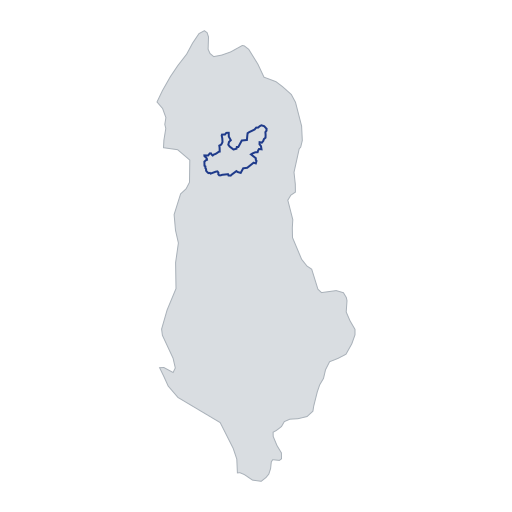 Mirditë, Lezhë, Albania (highlighted)
{"feature_id": "67620474B99888539945274", "entity_name": "Mirditë", "entity_type": "district", "adm_level": 2, "iso_a3": "ALB", "parent_name": "Albania", "parent_adm1": "Lezhë", "projection": "orthographic", "projection_center": [19.989, 41.852], "detail": "fine", "context": "in_parent", "style": "outline", "palette": "blue", "viewbox_px": 512, "rotation_deg": 0, "n_neighbors": 0, "source": "geoboundaries", "source_scale": "gbopen_adm2", "svg_char_len": 2963}
<svg xmlns="http://www.w3.org/2000/svg" viewBox="0 0 512 512"><path d="M163.5,147.7L163.9,140.2L165.8,128.4L164.8,124.4L165.9,117.6L162.6,108.5L157.0,102.0L162.5,90.5L170.4,76.6L177.8,65.6L186.7,54.1L192.6,43.1L199.0,33.6L204.4,30.7L207.1,32.7L208.5,36.9L208.1,49.2L210.0,53.5L213.7,56.6L221.7,55.1L230.5,52.0L242.3,45.5L244.3,45.9L248.7,49.3L257.9,64.2L264.0,77.2L276.0,81.7L282.7,86.8L291.3,94.5L295.5,102.3L301.6,126.1L302.3,140.5L300.7,147.1L299.2,148.8L294.0,172.3L295.3,184.2L295.4,192.1L290.8,195.2L287.8,200.2L292.8,219.7L292.3,228.0L292.5,237.6L301.6,259.3L306.9,266.0L311.7,269.2L317.9,289.2L321.5,292.6L336.2,290.6L343.4,292.7L346.3,297.5L347.0,300.7L346.2,312.0L349.9,320.6L355.0,329.4L355.0,334.8L351.8,343.8L346.0,354.2L338.2,358.3L329.6,361.7L325.5,369.8L323.5,378.4L319.7,384.8L317.3,391.8L313.7,406.1L312.9,411.2L307.1,416.5L298.0,418.7L289.8,419.2L284.3,421.6L281.5,426.5L276.3,430.5L273.1,432.2L273.2,436.5L277.0,445.6L281.4,452.9L281.5,458.8L279.4,460.4L272.7,459.7L271.3,461.9L270.6,468.5L268.8,474.1L266.0,477.5L261.2,481.3L252.5,480.1L244.2,474.5L239.9,472.7L237.4,472.9L236.8,459.1L233.2,448.4L220.2,422.6L178.0,397.5L168.2,386.1L163.9,376.6L159.6,367.7L163.8,367.5L167.9,369.7L173.1,372.5L175.3,368.0L173.1,358.3L162.4,335.3L161.6,329.1L167.1,310.0L176.0,288.6L175.6,262.6L178.4,243.0L175.5,230.3L174.1,214.6L180.6,193.9L186.1,188.8L189.5,182.3L189.8,160.1L177.6,149.7L163.5,147.7Z" fill="#d9dde1" stroke="#a8b0b8" stroke-width="1"/><path d="M249.1,132.2L247.6,133.2L247.3,135.6L246.9,140.0L241.8,140.5L238.3,147.0L237.7,147.0L237.2,147.0L236.8,147.0L236.7,147.5L236.6,147.9L236.5,148.7L233.5,149.5L229.7,146.6L228.3,144.7L229.0,141.9L230.8,140.2L228.8,136.6L228.7,132.8L228.0,132.8L227.3,132.8L226.3,132.9L225.7,133.6L225.3,134.1L225.0,134.5L224.3,134.5L222.0,134.6L221.7,135.5L222.3,138.5L222.5,142.0L221.9,143.4L221.1,144.7L219.3,145.6L219.6,147.8L219.7,151.6L218.7,151.8L217.2,152.9L215.6,153.9L213.7,154.6L212.7,155.5L211.7,154.6L211.0,153.4L209.8,153.4L208.1,155.5L204.4,155.4L204.5,156.2L205.8,157.3L206.8,158.5L207.0,159.8L206.1,160.1L204.4,161.6L204.5,165.8L205.4,166.4L205.4,168.1L206.1,169.1L206.1,170.7L206.7,171.5L207.6,172.4L208.4,173.1L209.9,172.9L210.6,173.6L215.7,171.7L217.4,171.4L218.4,172.6L218.3,174.3L219.2,175.3L220.8,175.3L222.2,174.8L228.0,174.2L228.5,175.5L230.7,175.6L231.6,174.7L236.4,171.1L237.6,172.0L240.7,172.9L243.2,168.3L247.2,167.8L253.6,162.7L255.8,163.4L256.5,160.9L255.8,159.9L255.8,158.2L251.0,154.4L252.6,153.4L255.2,152.3L257.6,152.2L258.1,150.5L259.0,149.0L261.5,149.3L261.0,146.2L259.5,144.2L259.6,142.2L260.8,142.4L261.8,142.7L262.2,142.2L262.7,141.6L263.2,141.1L263.9,139.1L265.5,137.7L265.6,135.0L265.4,132.1L266.3,130.9L266.5,130.7L266.4,130.4L266.6,128.8L266.1,128.3L265.4,127.5L264.2,126.2L263.3,125.9L262.3,125.6L261.4,125.3L260.5,125.8L259.7,126.2L258.1,127.6L256.2,127.6L254.6,129.5L253.6,130.0L251.8,130.9L250.7,131.4L249.1,132.2Z" fill="none" stroke="#1e3a8a" stroke-width="2"/></svg>